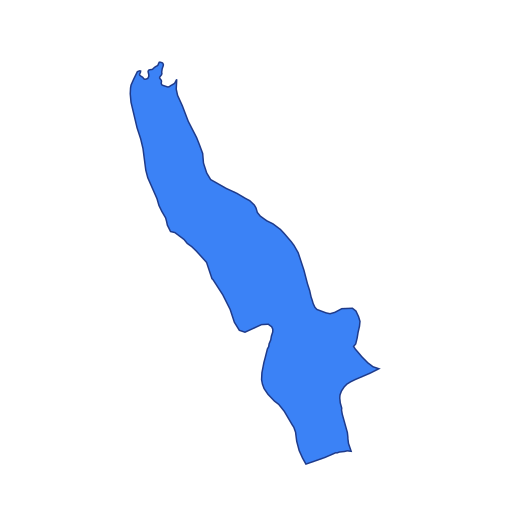 San Juan Ixcoy, Huehuetenango, Guatemala (orthographic projection), rotated 245°
{"feature_id": "79465075B73654259569509", "entity_name": "San Juan Ixcoy", "entity_type": "district", "adm_level": 2, "iso_a3": "GTM", "parent_name": "Guatemala", "parent_adm1": "Huehuetenango", "projection": "orthographic", "projection_center": [-91.344, 15.641], "detail": "fine", "context": "isolated", "style": "filled", "palette": "blue", "viewbox_px": 512, "rotation_deg": 245, "n_neighbors": 0, "source": "geoboundaries", "source_scale": "gbopen_adm2", "svg_char_len": 2628}
<svg xmlns="http://www.w3.org/2000/svg" viewBox="0 0 512 512"><g transform="rotate(245 256 256)"><path d="M449.6,258.8L448.1,256.8L447.2,255.7L446.8,254.7L446.7,253.8L446.4,250.3L446.2,249.5L446.1,248.5L446.6,247.3L450.0,243.7L450.7,243.1L451.6,243.0L452.6,243.1L453.5,243.7L454.3,244.2L455.2,244.4L456.3,244.2L457.9,243.8L458.8,244.3L459.2,245.0L459.8,246.2L460.2,247.0L461.1,247.8L462.2,248.1L463.1,248.6L464.0,249.2L465.2,250.0L466.3,251.0L467.4,252.1L468.5,252.9L469.6,253.0L470.3,252.9L470.9,252.5L471.7,251.6L472.3,250.9L472.5,250.2L471.9,249.4L471.0,248.4L470.4,247.8L470.1,246.6L470.1,245.6L469.9,244.1L469.6,243.0L469.4,242.3L468.9,241.1L469.1,240.2L469.4,239.4L469.7,238.3L469.8,237.5L469.1,236.3L468.3,236.0L467.4,235.8L466.3,235.6L465.3,235.3L464.1,234.7L463.6,234.1L462.8,233.1L462.7,231.9L462.9,230.7L463.2,229.9L463.9,229.3L465.1,229.0L465.9,228.8L467.6,227.7L469.0,227.0L470.0,227.3L471.4,229.0L472.4,229.6L473.0,228.8L473.1,227.9L473.2,226.4L467.9,219.8L463.7,215.0L461.3,213.3L456.2,210.6L448.2,207.7L422.5,202.4L411.0,201.0L401.2,199.0L380.4,192.4L372.7,191.0L349.8,190.5L342.8,189.4L336.2,189.5L328.7,190.2L324.8,189.5L321.4,188.7L314.3,188.9L311.5,192.4L301.3,197.8L296.4,199.0L291.7,201.7L285.7,204.0L271.1,208.5L254.0,206.5L253.0,207.0L234.9,209.5L218.5,210.0L205.1,208.4L195.7,209.5L191.6,213.8L191.5,232.0L189.0,238.3L187.8,238.9L185.3,240.3L182.6,240.3L180.1,239.1L176.9,236.1L173.7,233.9L170.9,230.8L168.5,229.2L167.0,227.1L159.4,220.9L156.2,218.2L147.8,212.1L141.6,208.8L137.2,207.7L132.4,207.3L125.6,208.4L116.7,211.4L111.9,213.9L103.3,216.0L87.5,217.5L84.8,217.9L79.6,217.4L70.9,214.6L61.4,212.9L53.1,212.8L46.3,213.3L44.3,233.2L44.0,245.2L43.3,246.2L43.1,248.7L41.4,253.7L40.9,256.3L38.8,259.7L47.0,260.6L51.7,262.1L53.0,262.7L57.4,264.2L76.1,267.3L80.2,268.4L81.9,269.4L87.4,270.3L89.3,271.0L91.7,271.8L93.4,272.7L94.7,273.5L97.6,276.5L100.1,280.6L101.5,284.3L102.0,288.6L102.1,293.8L101.6,310.2L101.9,319.7L106.2,315.2L111.9,312.2L120.0,309.3L129.9,306.6L132.8,306.2L134.2,309.2L138.9,313.0L143.6,316.2L148.6,320.1L152.8,322.6L157.6,323.3L163.9,323.3L167.9,321.3L172.0,311.5L171.6,303.6L172.4,298.7L174.8,295.5L181.8,288.6L184.6,287.7L188.7,287.7L191.9,288.2L195.6,288.6L201.9,290.0L209.1,290.9L222.7,293.4L241.1,295.6L249.5,294.9L254.0,294.0L264.7,291.0L269.6,289.4L277.9,285.0L283.4,280.6L290.4,276.7L294.9,275.6L299.6,276.3L302.9,276.0L308.6,273.8L313.3,270.3L320.8,265.2L329.9,257.5L344.4,247.2L352.0,246.4L360.4,247.4L362.5,247.7L371.5,251.0L381.4,251.8L388.4,252.2L406.7,251.5L423.2,252.7L434.7,252.8L440.9,254.2L449.6,258.8Z" fill="#3b82f6" stroke="#1e3a8a" stroke-width="1.5"/></g></svg>